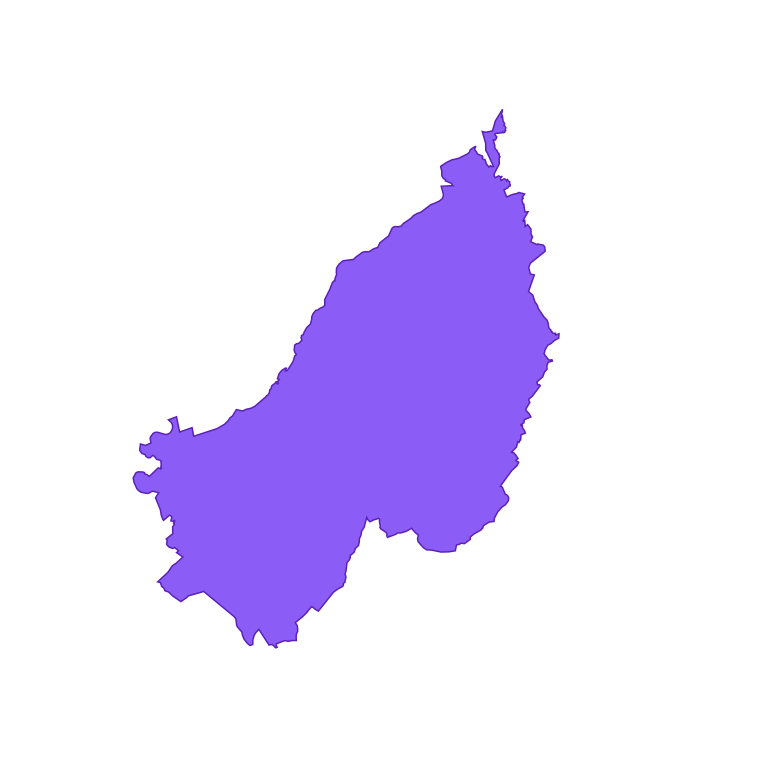 the district of Gornesti, Mures, Romania, rotated 304°
{"feature_id": "2599482B61997995106297", "entity_name": "Gornesti", "entity_type": "district", "adm_level": 2, "iso_a3": "ROU", "parent_name": "Romania", "parent_adm1": "Mures", "projection": "robinson", "projection_center": [24.739, 46.67], "detail": "fine", "context": "isolated", "style": "filled", "palette": "violet", "viewbox_px": 768, "rotation_deg": 304, "n_neighbors": 0, "source": "geoboundaries", "source_scale": "gbopen_adm2", "svg_char_len": 6154}
<svg xmlns="http://www.w3.org/2000/svg" viewBox="0 0 768 768"><g transform="rotate(304 384 384)"><path d="M470.0,514.5L470.3,513.1L469.3,511.8L471.2,509.6L478.6,511.6L483.9,510.3L487.4,510.9L490.4,508.7L493.8,508.0L497.2,510.8L497.9,510.1L497.9,509.4L496.8,508.5L496.1,506.8L498.6,499.7L500.8,499.2L501.9,498.4L507.9,498.1L510.8,499.8L515.3,500.9L519.7,503.2L523.5,501.0L520.5,498.9L522.0,497.8L520.5,495.9L521.0,494.7L520.6,494.0L521.4,493.8L521.6,492.6L522.3,491.6L522.2,490.5L523.1,488.9L526.3,486.0L528.2,483.3L529.1,479.0L532.9,469.6L534.8,467.5L536.6,463.0L540.9,457.7L541.5,452.1L558.5,447.6L557.1,443.8L561.6,438.7L566.0,437.8L584.3,443.4L587.7,440.4L588.2,438.3L586.0,433.1L585.1,432.9L584.0,426.0L589.1,424.8L590.4,422.2L594.6,419.2L596.4,413.9L593.6,413.0L598.3,409.2L596.7,408.4L597.0,407.9L607.3,407.1L605.5,404.6L611.1,399.4L610.7,399.1L613.7,395.3L615.8,395.6L616.2,394.2L620.2,394.3L618.2,388.7L616.3,387.7L612.8,384.4L607.7,381.1L612.0,374.9L616.0,377.0L618.0,377.1L618.6,377.8L619.8,377.3L620.1,376.4L621.9,375.1L621.9,373.0L622.5,372.2L621.0,371.9L621.7,370.6L621.4,368.9L618.2,367.2L619.7,365.5L622.4,365.9L620.8,364.7L620.7,362.7L617.3,360.9L618.1,359.0L620.1,357.8L631.0,356.5L635.4,353.4L637.3,353.0L637.3,352.3L639.2,350.6L638.8,350.4L640.9,346.7L641.2,344.8L642.2,343.4L643.7,342.5L647.3,338.2L647.8,338.3L648.1,339.6L649.9,339.9L652.0,339.2L652.7,336.2L654.1,336.4L658.1,341.2L659.4,341.5L659.0,342.2L659.2,342.6L660.3,343.3L661.2,342.8L662.0,343.2L662.3,342.6L664.7,341.6L665.4,340.2L665.4,338.9L667.2,338.5L668.6,335.7L672.0,332.7L671.2,332.0L672.8,331.7L673.9,330.1L675.2,330.0L678.0,328.7L664.5,329.2L654.5,332.4L649.5,327.5L648.3,324.3L640.5,333.6L634.4,337.9L633.2,340.7L625.5,353.2L624.5,351.8L624.5,350.1L622.6,349.8L623.0,347.9L623.8,345.7L626.6,342.2L625.8,340.9L625.9,339.8L626.6,338.9L627.3,339.1L628.0,337.8L626.9,332.9L628.1,331.0L628.8,328.6L629.9,327.6L631.9,327.4L631.9,326.8L626.6,324.5L623.9,325.2L621.5,324.6L612.6,319.5L607.9,315.0L602.4,311.8L596.6,309.4L595.8,309.5L592.0,313.7L591.3,313.7L588.8,315.8L587.7,318.1L587.6,320.9L586.7,321.3L588.0,327.5L587.0,330.2L579.9,320.8L575.0,326.6L573.0,328.1L570.2,328.7L566.2,327.4L558.3,322.3L547.3,318.6L543.5,315.9L539.9,314.2L536.4,313.7L527.7,310.2L524.6,310.0L522.1,307.6L520.6,304.9L519.3,304.0L517.5,303.6L509.3,305.0L498.8,301.6L493.8,302.5L490.3,299.8L484.9,297.4L483.3,294.5L481.2,292.5L472.9,289.5L470.3,289.1L463.3,281.2L458.4,279.7L453.6,279.8L449.6,282.2L448.7,283.3L444.1,284.4L441.9,285.6L441.4,284.8L439.1,284.5L432.6,286.1L420.9,287.6L416.2,290.9L413.9,290.4L410.4,288.3L408.6,287.9L406.8,286.2L402.7,285.9L399.4,286.5L397.1,287.9L392.4,289.5L387.9,288.4L383.0,288.7L379.8,289.4L378.0,288.5L375.8,289.6L374.3,291.4L370.4,290.7L368.3,288.9L366.3,288.2L361.8,290.6L360.3,292.5L359.5,294.9L357.4,294.3L351.5,296.1L341.2,296.3L339.7,295.0L342.5,294.3L342.0,293.3L338.3,291.7L334.2,291.2L328.7,292.7L329.2,294.6L326.6,294.4L325.3,296.0L324.5,295.6L325.9,294.0L325.4,293.2L324.2,293.4L320.1,292.0L318.7,292.2L317.2,293.1L315.3,292.5L312.9,293.8L309.6,293.9L308.7,293.2L307.3,293.2L293.3,289.4L289.7,287.4L286.2,284.1L282.6,281.9L280.2,275.9L273.0,276.3L269.6,275.2L266.8,275.3L261.6,274.4L253.6,270.5L234.3,255.5L240.5,249.3L229.9,241.4L240.8,230.3L233.7,225.3L233.1,229.2L232.0,231.3L229.7,233.1L226.9,234.0L223.7,234.0L220.9,232.3L219.7,230.5L217.5,223.5L216.1,221.4L213.9,220.2L209.5,220.0L207.9,220.7L204.8,223.8L199.6,220.5L198.1,215.6L192.4,218.5L191.0,222.0L191.9,225.4L190.9,227.1L190.8,229.3L191.9,231.2L195.4,232.2L195.7,234.1L194.4,237.7L195.6,241.1L195.0,242.5L191.6,245.0L190.3,245.3L190.0,246.5L188.7,246.4L188.3,243.7L176.1,241.1L176.3,238.4L175.7,235.6L176.6,234.9L176.2,233.3L173.8,229.4L172.5,228.4L171.5,228.0L166.0,228.5L162.7,231.7L159.0,237.7L158.4,239.9L158.4,243.1L160.9,249.0L162.2,250.2L165.2,251.6L166.2,253.2L167.9,258.0L161.9,258.2L154.7,268.9L150.3,273.1L148.0,276.5L147.7,277.5L155.2,279.5L155.5,281.3L154.9,282.6L151.4,283.8L152.0,285.8L153.7,286.7L153.4,287.1L150.7,287.5L150.7,288.6L147.3,288.7L141.8,292.6L133.7,290.1L133.0,291.8L129.8,293.2L129.0,294.8L128.6,297.3L129.5,300.7L131.3,302.0L131.3,302.8L130.8,307.1L128.2,306.3L128.1,314.0L119.5,312.0L114.7,310.1L107.3,310.2L93.4,307.0L94.3,309.8L91.8,312.9L91.8,315.5L90.1,318.0L91.1,321.7L90.1,327.3L90.0,337.3L97.0,340.0L98.9,340.2L111.2,350.6L107.4,389.4L106.6,392.4L101.6,396.7L100.7,398.2L98.9,404.8L96.6,407.1L94.2,410.7L92.7,415.4L92.2,418.9L94.6,420.9L98.6,418.3L102.8,417.0L105.8,416.7L110.6,417.5L103.3,434.6L105.6,437.1L104.7,441.7L106.1,442.7L107.1,440.6L108.5,440.2L114.8,444.4L115.9,445.6L117.1,448.5L120.2,451.6L122.3,454.8L125.1,452.7L128.0,451.1L130.6,450.8L133.5,448.7L135.2,447.1L136.6,443.9L145.9,446.7L152.5,448.0L152.7,447.7L159.2,448.6L158.8,452.6L159.0,456.6L183.0,458.5L188.0,460.3L193.0,462.9L194.3,462.9L196.1,461.9L198.1,462.5L199.2,461.6L201.9,460.8L203.2,460.0L204.6,458.0L208.3,456.8L215.4,453.1L218.2,453.6L221.3,453.2L221.8,452.3L223.3,452.1L228.0,453.3L231.8,452.2L235.7,453.2L239.7,451.6L242.0,450.1L245.7,449.5L249.6,447.7L253.9,447.7L263.7,444.3L262.5,446.3L261.9,449.4L265.4,451.3L269.5,454.7L269.6,455.8L267.3,457.2L264.3,460.3L262.8,460.8L262.1,462.4L262.1,468.7L260.8,471.0L259.7,471.1L258.8,472.7L266.0,477.8L268.3,478.7L269.9,481.2L274.3,484.8L279.8,487.5L278.3,492.9L278.0,497.0L274.5,498.3L272.4,500.3L270.3,508.2L270.4,512.2L272.9,516.3L276.6,525.3L281.2,531.7L285.6,536.4L291.1,534.1L293.3,536.1L295.5,537.3L296.4,539.7L298.2,540.6L303.1,542.3L303.9,542.3L305.2,541.1L309.5,542.2L317.1,546.0L320.0,546.4L322.1,545.6L328.2,548.3L331.6,552.1L334.3,550.6L341.3,549.8L347.5,550.5L351.9,552.2L356.7,552.4L359.3,551.1L360.3,549.5L360.7,547.9L360.5,546.2L364.6,539.8L364.3,537.6L383.6,538.3L390.7,539.9L394.5,539.4L394.2,536.3L395.6,536.2L397.1,536.9L398.6,533.4L399.5,530.4L398.8,527.9L405.8,529.1L411.0,527.2L411.1,528.6L413.7,528.1L414.0,528.6L418.5,526.0L422.3,528.7L423.9,526.5L425.0,523.6L427.3,521.5L426.3,521.0L427.0,520.2L430.0,521.7L433.0,520.3L438.8,524.2L440.7,520.5L441.5,516.5L442.7,515.6L450.2,515.2L451.1,513.6L452.4,512.5L456.9,513.8L470.0,514.5Z" fill="#8b5cf6" stroke="#5b21b6" stroke-width="1.5"/></g></svg>